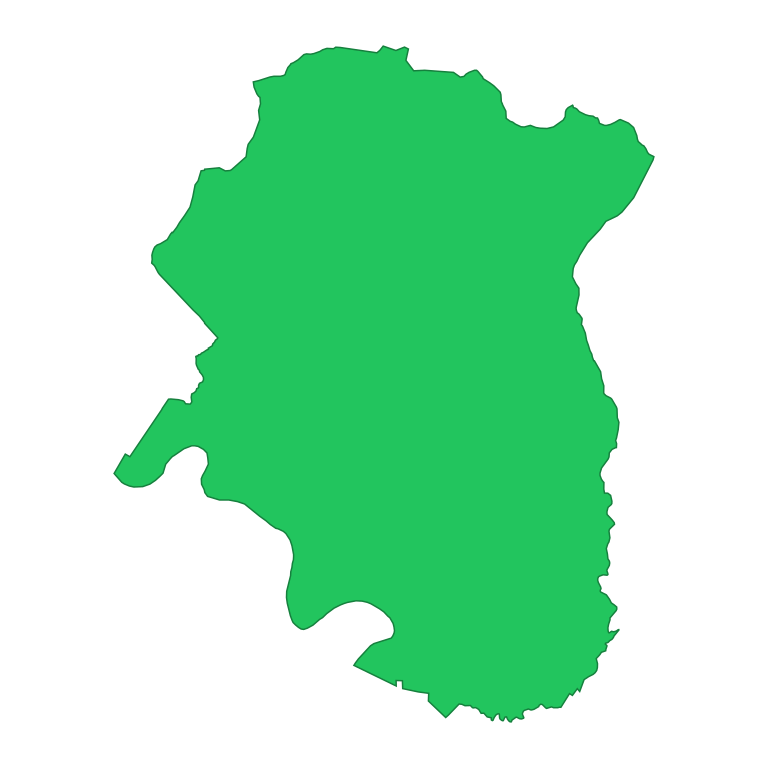 Cicarlau, Maramures, Romania (Albers equal-area conic projection)
{"feature_id": "2599482B33598130201081", "entity_name": "Cicarlau", "entity_type": "district", "adm_level": 2, "iso_a3": "ROU", "parent_name": "Romania", "parent_adm1": "Maramures", "projection": "albers", "projection_center": [23.395, 47.725], "detail": "fine", "context": "isolated", "style": "filled", "palette": "green", "viewbox_px": 768, "rotation_deg": 0, "n_neighbors": 0, "source": "geoboundaries", "source_scale": "gbopen_adm2", "svg_char_len": 6081}
<svg xmlns="http://www.w3.org/2000/svg" viewBox="0 0 768 768"><path d="M353.9,665.4L396.2,686.0L396.1,680.5L402.4,680.7L402.7,688.6L418.2,691.9L428.7,693.3L428.4,701.0L445.7,717.5L448.4,715.1L459.1,704.0L461.9,704.3L465.0,705.7L470.4,705.5L472.4,707.6L473.2,707.9L475.4,707.6L476.5,708.0L478.8,709.5L481.1,713.3L483.9,713.2L487.2,716.9L491.2,717.8L491.3,719.9L492.3,720.6L493.0,720.3L494.2,717.5L495.9,715.0L497.6,713.9L498.7,713.8L499.3,714.1L499.6,717.9L500.2,719.2L501.5,720.2L502.4,720.7L503.3,720.6L504.9,717.2L506.3,716.8L506.6,717.0L507.5,719.2L508.8,720.9L509.8,721.7L510.8,721.9L511.4,721.8L511.9,720.2L515.9,717.3L516.7,717.2L519.5,718.7L520.8,718.9L521.8,718.9L523.6,718.2L523.8,717.6L522.5,714.5L522.5,713.2L523.4,711.2L524.3,710.4L528.4,709.0L530.7,709.9L531.8,709.9L534.0,709.3L538.7,706.6L539.1,705.4L540.7,704.2L542.3,704.5L545.7,707.9L546.6,708.4L551.5,706.9L553.5,707.7L557.8,707.7L559.6,707.2L560.9,707.3L569.5,693.6L572.4,695.4L577.3,688.7L579.7,691.5L584.1,679.6L588.7,676.6L593.1,674.4L595.1,672.7L596.7,670.4L597.4,667.5L597.5,663.6L596.2,658.6L599.8,654.7L601.4,652.3L605.7,650.8L605.9,649.2L606.9,646.2L606.9,645.5L605.3,644.1L605.5,643.3L608.1,642.4L609.8,640.6L611.9,639.4L613.4,637.5L614.0,636.0L618.9,630.0L618.8,629.6L618.2,629.7L616.4,631.0L613.8,631.8L611.5,631.3L609.5,632.8L608.9,632.8L608.5,632.3L608.1,630.9L607.9,627.8L608.6,624.2L610.0,619.9L610.0,617.9L616.1,610.7L616.8,609.1L616.7,607.0L614.1,604.8L611.3,602.9L609.6,599.5L606.4,594.9L600.7,592.0L600.2,591.2L600.3,590.1L601.0,588.7L600.7,587.1L598.3,582.4L597.7,580.3L597.8,578.4L598.5,576.8L599.5,576.1L603.1,574.8L607.1,575.2L607.9,574.6L607.8,573.4L606.9,570.9L607.0,569.7L609.3,565.5L609.7,563.0L609.4,561.2L607.9,558.8L607.4,553.9L606.3,548.6L607.8,543.8L608.9,542.0L609.9,537.8L609.0,531.4L609.2,530.0L609.7,529.0L614.5,524.3L614.2,522.6L612.3,520.1L607.1,514.5L606.9,511.9L607.8,508.1L608.2,507.2L611.1,504.7L611.8,503.6L611.9,501.2L610.6,495.4L607.8,493.2L604.5,493.1L603.8,489.2L603.9,482.4L603.1,481.7L601.4,479.2L600.0,475.4L600.0,473.1L601.6,467.9L608.2,458.9L609.0,456.9L609.3,452.9L612.0,449.4L615.5,447.7L616.4,447.6L616.6,443.7L615.6,440.5L616.5,438.0L618.2,429.6L618.9,422.3L617.3,417.8L617.0,408.9L616.4,407.1L611.8,399.2L610.7,398.1L606.0,395.7L603.9,393.6L603.7,392.4L603.8,385.8L601.6,378.8L600.6,371.7L594.4,360.8L593.7,360.8L592.4,357.2L591.8,354.2L589.9,350.5L588.3,345.1L586.6,340.4L585.3,333.1L582.5,326.2L581.4,324.7L582.1,319.5L582.0,318.3L579.1,314.2L577.2,312.7L576.4,310.4L576.1,308.4L576.3,307.0L579.0,295.0L578.9,288.2L575.8,283.7L572.4,276.9L573.2,268.5L574.4,265.0L576.8,261.3L579.7,255.2L587.4,242.8L600.2,229.2L605.9,221.3L617.3,215.8L622.0,212.0L633.7,197.7L653.0,160.0L653.9,156.7L649.0,154.2L647.5,152.4L645.9,148.8L643.8,145.8L642.3,145.2L638.2,141.5L637.4,139.1L636.8,135.6L633.6,127.5L628.5,123.1L620.4,119.6L619.3,119.8L614.9,122.4L610.6,124.4L606.6,125.4L604.6,125.4L599.5,123.4L598.6,120.2L597.5,118.0L595.5,117.9L593.1,116.2L588.9,115.7L585.4,114.7L579.3,111.7L576.7,108.9L575.3,108.1L573.3,107.6L573.0,105.8L572.6,105.2L568.2,107.6L566.3,109.6L565.5,111.9L565.2,116.8L563.2,120.1L553.6,126.9L547.1,128.5L540.0,128.2L535.8,127.5L530.4,125.4L524.3,127.0L521.1,126.8L515.5,124.2L512.6,122.1L510.2,121.3L506.2,118.4L505.8,111.1L502.5,104.6L502.5,104.2L501.3,101.5L500.9,94.8L500.2,92.2L494.0,86.0L489.7,82.8L483.2,78.7L482.5,76.9L477.9,71.4L476.6,70.3L474.5,70.3L469.1,72.3L466.0,74.2L464.0,76.4L460.2,77.1L453.5,72.4L424.8,70.3L413.7,70.8L405.9,60.4L408.4,49.0L404.5,47.1L395.9,50.5L383.2,46.1L379.8,50.4L376.9,52.8L340.3,47.5L335.7,47.2L333.9,48.5L333.2,48.7L326.9,48.4L322.6,49.8L319.8,51.5L313.8,53.6L310.6,54.2L306.5,53.9L303.9,54.6L298.0,59.9L293.4,62.7L290.9,63.7L290.6,64.4L287.9,67.5L285.9,72.1L285.1,74.6L283.6,75.5L280.4,76.3L273.8,76.3L270.0,77.0L258.8,80.6L253.3,81.9L254.1,87.2L256.9,93.9L258.6,96.3L260.0,97.4L260.5,103.9L258.6,110.4L259.7,119.9L253.4,137.1L248.2,144.3L247.2,148.5L246.1,156.8L231.8,169.5L230.2,170.5L225.3,170.9L219.3,167.8L204.7,169.2L204.5,170.3L201.1,170.8L198.1,180.8L195.1,184.9L192.8,196.9L190.0,207.2L184.5,215.7L179.6,222.5L176.8,227.3L172.7,232.7L172.1,232.3L170.6,234.0L167.3,239.6L160.5,243.7L157.1,245.0L154.9,246.9L153.8,248.9L152.6,252.3L151.9,255.2L152.2,259.4L151.7,263.1L154.2,265.4L155.1,266.7L158.1,272.5L159.4,274.3L193.3,310.2L199.4,316.0L204.6,322.5L204.6,323.3L217.8,337.8L217.3,338.8L215.4,340.2L214.6,342.0L212.6,344.1L212.5,345.4L212.1,345.9L208.3,348.2L208.5,348.8L208.4,349.3L206.7,350.0L203.2,352.4L201.5,353.1L200.3,354.6L198.9,354.6L198.1,355.3L197.7,356.1L197.1,355.9L195.9,356.4L195.8,356.7L196.2,358.6L196.1,363.5L196.5,365.2L198.3,369.3L199.5,370.4L199.6,371.8L202.1,374.8L203.4,377.3L203.5,379.7L202.6,381.9L199.5,383.3L198.6,385.2L198.6,387.5L197.8,388.2L196.7,388.7L196.0,391.0L194.2,392.7L191.7,394.0L191.2,397.3L191.8,401.9L190.8,403.4L190.2,404.1L185.6,403.8L184.2,401.6L183.0,400.8L178.5,399.7L170.8,399.0L168.5,399.2L162.3,408.4L161.7,409.7L129.9,456.7L125.3,454.1L114.1,473.5L121.8,482.3L124.3,483.9L129.3,486.0L133.8,487.0L142.8,486.6L149.9,484.1L155.5,480.3L160.2,476.0L163.0,473.2L165.7,464.2L170.4,458.6L172.4,456.5L174.0,455.6L184.0,448.7L191.7,445.8L194.8,445.8L198.2,446.4L203.5,449.4L207.0,453.0L207.8,458.0L208.4,464.1L205.0,471.3L202.6,475.5L201.3,478.8L201.6,484.3L204.2,489.6L204.9,492.7L207.6,496.4L219.6,500.0L228.9,500.0L237.5,501.6L244.6,504.0L259.8,516.3L266.2,520.9L270.3,524.5L275.8,528.3L278.1,528.8L283.3,531.3L285.9,533.5L290.1,540.0L292.0,545.8L293.6,554.5L293.6,556.8L293.4,559.9L292.4,563.4L291.9,567.6L290.8,571.7L290.6,575.6L286.7,591.3L286.5,597.5L287.3,603.3L290.4,615.8L292.2,620.6L293.1,622.5L295.5,624.9L298.4,627.3L301.1,629.0L303.7,629.4L307.3,628.2L313.0,625.1L319.6,619.4L322.6,617.6L326.7,613.6L334.1,608.1L340.5,604.9L344.3,603.4L347.5,602.4L356.0,600.8L362.1,601.1L367.3,602.3L371.0,603.8L379.4,608.7L383.9,611.9L387.9,616.2L389.9,617.8L393.1,623.4L394.0,626.9L394.5,630.7L394.1,633.0L392.9,635.8L391.3,638.1L373.9,643.6L370.5,645.8L358.5,658.8L355.4,663.0L353.9,665.4Z" fill="#22c55e" stroke="#15803d" stroke-width="1.5"/></svg>